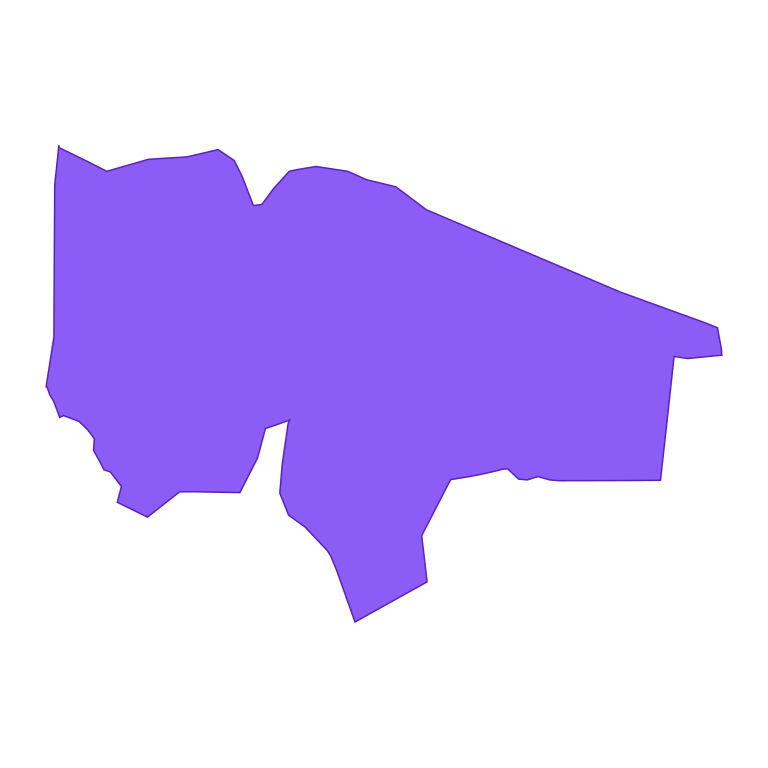 the district of Melit, North Darfur, Sudan
{"feature_id": "16777658B8925741103615", "entity_name": "Melit", "entity_type": "district", "adm_level": 2, "iso_a3": "SDN", "parent_name": "Sudan", "parent_adm1": "North Darfur", "projection": "equal_earth", "projection_center": [26.262, 14.2], "detail": "fine", "context": "isolated", "style": "filled", "palette": "violet", "viewbox_px": 768, "rotation_deg": 0, "n_neighbors": 0, "source": "geoboundaries", "source_scale": "gbopen_adm2", "svg_char_len": 1277}
<svg xmlns="http://www.w3.org/2000/svg" viewBox="0 0 768 768"><path d="M355.0,622.0L427.1,581.8L421.7,535.6L448.8,483.1L450.8,479.6L468.6,476.7L480.7,474.4L496.2,470.9L502.8,469.2L507.7,468.8L518.5,479.1L527.2,479.9L537.9,476.6L549.8,479.9L558.7,480.7L602.0,480.6L630.2,480.5L660.5,480.3L670.4,390.5L671.8,377.4L674.1,356.5L687.6,358.5L721.7,355.2L721.9,355.2L721.7,354.1L721.6,353.9L721.6,352.9L721.6,350.4L721.1,347.3L721.0,347.1L720.9,346.1L720.2,342.6L720.1,342.1L719.6,339.1L719.0,336.3L719.0,336.1L718.4,332.8L718.1,331.1L717.5,327.8L704.0,322.4L678.8,313.3L620.6,292.2L426.4,209.8L396.0,186.9L366.5,179.7L347.7,171.3L316.0,166.5L297.7,169.5L289.2,171.3L273.5,188.7L261.9,204.4L253.4,205.6L242.3,176.7L234.2,160.5L218.1,149.6L186.8,156.9L148.4,159.3L106.8,171.3L86.7,161.1L58.8,147.5L59.0,146.0L58.8,146.0L54.7,185.2L54.6,207.8L54.3,257.9L53.9,337.1L46.1,386.8L47.0,387.0L49.9,395.1L53.8,401.5L59.7,417.4L63.5,415.6L79.0,421.4L87.6,429.7L94.3,438.7L93.5,450.3L99.9,461.8L104.0,469.8L110.4,472.0L121.4,486.4L117.3,502.3L147.4,517.1L179.7,491.8L195.5,491.8L239.9,492.6L257.6,457.9L265.4,428.6L289.7,420.1L288.1,423.6L282.2,464.6L279.8,493.1L288.6,515.2L305.0,527.0L327.4,550.7L330.9,556.3L336.7,570.5L355.0,622.0Z" fill="#8b5cf6" stroke="#5b21b6" stroke-width="1.5"/></svg>